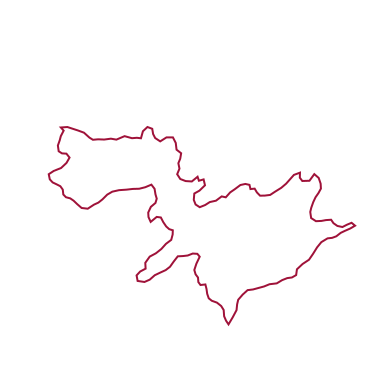 outline of São Sebastião do Rio Preto, Minas Gerais, Brazil, rotated 46°
{"feature_id": "56859067B92993268682714", "entity_name": "São Sebastião do Rio Preto", "entity_type": "district", "adm_level": 2, "iso_a3": "BRA", "parent_name": "Brazil", "parent_adm1": "Minas Gerais", "projection": "equal_earth", "projection_center": [-43.224, -19.295], "detail": "fine", "context": "isolated", "style": "outline", "palette": "rose", "viewbox_px": 384, "rotation_deg": 46, "n_neighbors": 0, "source": "geoboundaries", "source_scale": "gbopen_adm2", "svg_char_len": 2580}
<svg xmlns="http://www.w3.org/2000/svg" viewBox="0 0 384 384"><g transform="rotate(46 192 192)"><path d="M250.5,106.8L251.4,118.5L251.0,124.9L249.5,131.9L248.4,137.8L245.1,142.2L241.9,145.6L237.4,145.6L233.1,144.6L230.5,147.9L226.8,145.7L223.3,148.0L220.6,152.3L219.7,159.4L218.8,164.8L219.3,171.4L215.8,173.7L214.9,180.8L211.6,186.2L210.5,191.6L208.3,197.0L203.5,198.1L198.9,196.2L194.7,191.4L196.2,185.7L196.2,178.0L191.0,174.9L188.7,179.2L184.9,177.4L184.3,184.8L179.7,189.0L174.5,191.4L168.9,190.3L166.5,184.8L161.8,181.8L159.9,177.4L156.6,172.9L150.8,173.7L145.4,169.6L139.5,167.8L135.0,172.4L133.5,179.7L127.6,181.0L123.3,179.7L118.9,176.7L114.3,178.9L114.2,185.1L117.9,191.4L114.7,194.0L111.6,197.8L105.0,201.7L101.8,210.0L97.3,213.3L93.3,218.7L88.9,222.9L85.6,227.0L81.6,228.0L74.3,228.5L68.5,231.3L64.0,233.7L58.7,236.5L54.5,241.5L58.7,241.7L60.7,247.6L62.9,251.2L65.4,256.2L70.1,259.6L73.9,258.7L77.2,255.7L82.2,256.2L83.9,262.1L83.8,269.5L80.8,276.8L79.7,282.7L84.1,285.5L88.3,285.6L92.6,284.0L96.4,282.7L100.5,283.3L104.4,286.3L108.2,286.3L112.0,284.0L116.0,283.2L121.0,283.0L126.8,282.5L131.6,278.6L133.0,271.3L134.6,266.7L135.1,261.6L135.0,254.8L136.4,249.1L140.0,243.2L144.8,237.5L148.7,232.4L153.0,227.7L156.1,222.3L158.5,216.1L163.7,216.7L168.3,219.9L172.3,222.0L174.5,225.9L174.1,231.9L176.4,237.8L179.8,240.7L184.8,242.5L185.4,234.7L188.7,232.1L193.7,233.6L198.9,234.5L202.9,234.2L206.2,232.4L209.1,235.4L212.0,240.2L211.2,246.8L211.7,253.6L211.0,260.6L209.1,267.3L210.5,274.8L214.9,278.6L213.2,284.5L213.5,289.8L218.2,292.9L223.7,288.7L225.7,283.3L226.0,276.6L228.0,270.6L229.9,265.2L230.5,259.8L229.3,253.3L228.4,246.9L231.8,243.0L234.7,239.2L236.8,234.2L240.2,231.1L243.9,231.4L246.6,238.6L249.7,244.5L253.7,246.6L257.7,247.1L261.2,250.0L264.8,250.5L267.8,246.6L271.8,248.9L275.8,251.8L280.1,253.8L284.0,253.3L288.9,250.9L294.3,250.2L298.9,251.2L303.7,255.2L308.2,256.9L312.6,257.7L310.4,249.7L307.9,242.0L304.1,237.5L301.6,233.6L301.0,226.8L301.2,220.2L304.5,215.8L307.3,210.7L310.0,205.8L312.2,200.3L316.6,194.5L318.0,188.4L320.1,183.3L322.9,179.5L324.1,174.8L320.5,170.2L320.6,162.5L322.0,154.9L320.6,148.0L318.7,140.4L317.9,133.8L319.5,126.7L322.3,123.1L324.1,119.0L324.7,113.4L326.2,108.9L328.2,103.5L329.5,98.1L325.0,98.6L323.2,103.2L321.7,108.1L317.4,111.0L312.7,111.9L308.6,111.2L305.3,115.1L302.7,119.0L299.1,123.1L293.5,124.4L288.5,120.8L286.2,117.2L283.5,111.8L281.6,106.8L280.6,101.7L279.1,96.9L275.4,93.7L269.9,91.1L264.1,91.6L265.5,99.7L260.7,105.0L256.6,104.5L253.1,100.9L250.5,106.8Z" fill="none" stroke="#9f1239" stroke-width="2"/></g></svg>